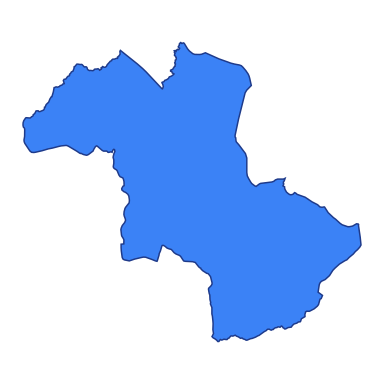 Rolea B'ier, Kâmpóng Chhnang, Cambodia
{"feature_id": "14789045B85845272815349", "entity_name": "Rolea B'ier", "entity_type": "district", "adm_level": 2, "iso_a3": "KHM", "parent_name": "Cambodia", "parent_adm1": "Kâmpóng Chhnang", "projection": "robinson", "projection_center": [104.575, 12.211], "detail": "fine", "context": "isolated", "style": "filled", "palette": "blue", "viewbox_px": 384, "rotation_deg": 0, "n_neighbors": 0, "source": "geoboundaries", "source_scale": "gbopen_adm2", "svg_char_len": 5856}
<svg xmlns="http://www.w3.org/2000/svg" viewBox="0 0 384 384"><path d="M25.5,118.1L23.7,120.8L23.1,122.8L23.0,125.1L23.2,126.2L23.4,127.1L24.1,127.7L24.6,128.7L24.7,130.1L24.6,136.4L24.0,140.0L24.2,141.8L24.9,143.5L29.3,150.1L30.1,151.2L31.6,152.3L33.9,152.5L35.7,152.2L42.2,150.7L48.2,148.9L52.3,148.1L59.2,146.3L61.2,145.9L66.2,145.4L67.3,145.7L68.6,146.3L76.8,151.2L79.6,153.1L80.4,153.5L80.9,153.3L83.4,154.5L86.3,155.2L86.9,155.2L88.5,154.5L93.1,151.0L93.7,149.5L95.3,146.8L96.4,145.9L97.2,146.1L102.3,150.5L103.6,151.1L106.8,151.1L108.0,152.3L108.7,152.4L111.1,151.8L112.1,152.3L112.8,150.2L113.8,149.3L114.5,149.6L114.9,151.5L114.0,153.4L113.3,156.1L113.1,157.4L113.8,159.9L113.8,163.3L113.3,166.3L113.3,167.0L113.7,167.9L114.5,168.7L116.5,169.9L117.2,170.8L118.9,175.0L120.1,176.7L122.8,177.9L123.4,179.2L124.0,181.6L124.1,185.7L123.1,186.1L122.2,187.6L121.7,188.7L121.9,190.0L123.9,191.7L125.6,192.4L127.8,194.2L128.8,196.0L129.3,199.2L129.4,200.8L129.1,202.9L125.6,207.3L125.0,208.4L124.1,211.7L123.9,214.4L124.2,215.9L125.4,219.2L125.5,220.6L124.6,222.6L122.3,225.5L121.2,228.1L120.9,229.7L121.5,235.0L121.8,236.1L123.4,238.7L123.9,240.0L123.8,243.9L121.1,244.2L121.1,247.7L121.3,250.9L122.2,257.4L122.6,258.3L123.1,259.2L124.4,259.9L129.3,260.9L134.6,259.1L140.9,257.6L143.4,257.1L145.6,257.2L152.3,259.6L155.4,260.9L157.0,261.3L157.3,260.8L159.0,255.2L159.2,253.7L160.4,251.0L161.9,245.9L162.3,245.4L163.5,245.4L165.0,246.3L167.1,248.1L169.2,248.9L171.1,249.4L172.0,250.2L174.0,252.6L174.7,253.1L176.0,254.0L179.2,255.3L180.5,256.2L183.6,260.9L185.1,261.3L192.6,261.7L195.3,262.5L198.6,266.7L199.6,267.7L200.7,268.1L201.0,269.0L202.7,270.7L206.7,273.3L208.1,273.6L208.5,274.0L210.5,276.6L212.0,282.5L212.1,283.9L211.3,285.5L208.6,288.3L208.5,289.5L209.2,293.4L209.8,295.1L210.0,299.7L210.7,302.4L210.4,303.9L211.9,307.6L211.9,314.0L212.4,316.1L212.9,320.8L213.1,323.6L212.9,329.7L213.5,333.6L212.0,336.6L213.1,337.8L215.0,338.9L216.6,340.1L217.8,341.5L218.8,341.5L219.4,340.9L220.3,339.5L221.8,340.1L224.0,339.2L225.4,339.5L225.9,339.4L226.9,339.6L227.5,339.1L228.0,338.4L229.0,338.1L230.7,336.1L231.5,335.9L232.9,336.1L235.2,335.2L236.6,336.2L238.3,336.8L240.2,338.1L240.7,338.3L241.9,338.0L242.7,338.4L243.1,338.9L245.1,339.5L246.1,340.2L247.2,340.1L250.8,338.6L251.9,338.5L253.3,338.0L255.6,337.1L258.1,335.7L258.9,335.5L264.3,331.6L266.4,330.5L267.2,329.5L268.0,329.2L269.3,329.2L270.4,329.9L271.5,330.1L272.5,329.5L273.2,329.5L274.2,328.5L275.5,327.7L276.9,327.6L277.4,327.1L278.8,326.8L279.8,327.2L280.4,327.1L281.2,326.1L281.7,326.1L282.4,326.6L283.2,327.9L283.9,328.1L284.5,328.9L285.7,328.9L288.0,327.6L291.3,327.1L292.4,325.5L294.0,324.0L296.9,323.1L298.3,322.0L300.2,321.8L300.6,321.3L301.4,318.8L305.0,316.6L304.9,314.4L305.4,312.9L305.5,312.0L306.8,311.2L309.2,311.3L309.8,311.1L314.2,308.8L317.3,306.2L318.5,304.6L320.0,299.2L321.2,298.6L322.5,295.4L318.1,292.2L319.2,285.0L319.6,283.7L320.3,282.5L321.4,281.3L325.2,279.5L329.5,275.6L332.8,270.4L334.8,268.3L339.4,264.1L344.9,260.7L346.9,259.8L349.2,257.4L353.3,254.0L355.4,251.5L357.5,249.7L359.8,247.1L361.0,245.0L360.2,237.2L358.5,225.6L358.6,224.5L358.2,224.0L356.5,223.8L352.5,226.1L349.3,226.7L347.8,226.7L342.2,224.8L339.8,223.1L335.6,219.2L333.4,217.6L328.2,212.7L324.6,207.1L324.2,206.9L322.0,207.3L319.9,206.9L317.6,204.7L312.1,201.9L305.1,197.2L297.2,194.4L295.7,193.1L294.6,192.6L292.9,194.3L291.4,194.7L290.1,194.7L288.6,193.9L286.5,192.1L285.0,189.4L284.6,187.9L284.6,186.8L283.0,185.9L283.8,183.9L283.3,183.3L283.5,181.7L284.2,181.0L285.1,178.3L283.4,179.1L277.6,179.1L275.4,179.9L273.8,181.3L271.8,182.0L260.5,183.4L259.3,184.0L256.1,186.4L254.7,185.8L251.7,183.5L250.7,182.1L248.7,178.7L247.3,175.9L246.8,172.5L246.8,158.0L245.4,153.5L238.8,144.7L236.4,142.0L236.0,140.9L235.7,137.7L235.2,137.2L235.1,136.6L235.1,135.3L238.6,118.8L245.1,92.9L246.7,90.2L251.3,85.5L249.7,78.3L249.1,76.2L248.2,74.1L245.8,70.6L242.9,67.2L241.3,65.7L239.4,65.0L234.6,64.1L230.7,63.1L228.3,62.2L219.0,58.9L205.4,52.8L201.4,54.3L199.5,54.5L194.8,54.4L192.8,53.7L189.4,51.0L187.6,48.9L184.4,43.6L183.8,43.0L183.2,42.9L181.9,43.5L181.4,43.3L181.0,42.6L180.6,42.5L179.4,43.8L179.2,45.5L178.3,46.5L178.4,47.3L179.6,48.2L178.9,49.4L178.3,49.7L177.4,49.3L176.6,50.1L176.1,51.3L175.3,50.5L174.3,50.7L174.8,51.5L174.4,51.9L174.4,52.6L175.1,53.1L174.6,54.3L174.5,55.5L175.4,56.1L175.8,57.2L176.2,57.4L176.3,58.0L176.1,59.7L175.3,60.1L175.2,62.1L174.7,62.7L174.9,63.4L175.5,64.0L175.0,65.1L175.1,66.2L174.2,66.8L173.9,67.6L173.4,68.0L172.8,69.2L170.6,70.2L170.6,71.2L171.8,71.6L172.3,73.0L173.9,73.8L173.8,74.3L171.5,76.1L169.3,76.9L168.4,78.5L166.6,79.7L164.7,80.4L164.2,81.3L163.7,81.8L162.2,82.2L161.9,82.7L162.8,84.4L163.3,86.6L162.5,88.8L161.8,88.6L146.2,72.0L142.7,68.6L137.3,63.9L120.4,50.4L119.9,51.3L120.1,54.2L119.0,55.9L118.5,56.2L118.3,56.6L117.6,57.0L117.7,58.0L117.5,58.4L116.8,58.2L114.2,59.2L112.9,59.1L111.9,59.8L111.6,60.6L110.2,61.3L109.3,62.4L107.2,64.7L106.4,66.4L105.3,67.2L104.0,67.3L102.7,66.5L102.3,66.8L102.0,67.6L101.1,67.8L101.1,68.5L101.5,68.8L101.2,69.3L99.6,70.2L99.2,69.5L98.0,68.7L97.2,69.0L95.0,69.1L94.4,69.3L93.8,70.2L92.9,70.7L90.1,70.4L89.6,70.6L88.5,70.2L87.5,69.3L87.0,67.6L86.6,67.1L86.1,66.8L84.3,66.9L82.1,64.6L81.5,64.4L80.2,64.5L77.8,64.1L76.7,64.2L75.5,65.8L74.8,66.5L74.3,66.6L74.0,67.1L74.2,67.8L73.0,71.1L71.3,72.0L70.7,73.2L69.8,74.0L69.5,74.5L69.6,75.2L69.4,75.7L67.6,76.5L66.0,78.8L65.6,79.1L64.1,79.3L63.3,80.5L64.2,83.6L62.9,84.0L61.8,85.2L60.2,85.6L59.3,86.6L58.4,86.8L57.7,87.2L56.5,86.9L55.6,87.0L55.0,87.4L54.1,87.6L53.3,92.0L51.9,96.7L51.4,96.7L49.9,99.0L48.7,102.1L46.2,104.5L45.0,107.3L44.5,107.3L44.4,108.6L43.9,109.7L43.3,110.2L39.9,111.6L38.7,111.5L38.2,110.8L36.1,110.9L34.7,113.6L33.2,114.7L33.2,115.5L32.7,116.2L31.5,116.8L30.6,117.7L29.9,118.0L26.1,117.7L25.5,118.1Z" fill="#3b82f6" stroke="#1e3a8a" stroke-width="1.5"/></svg>